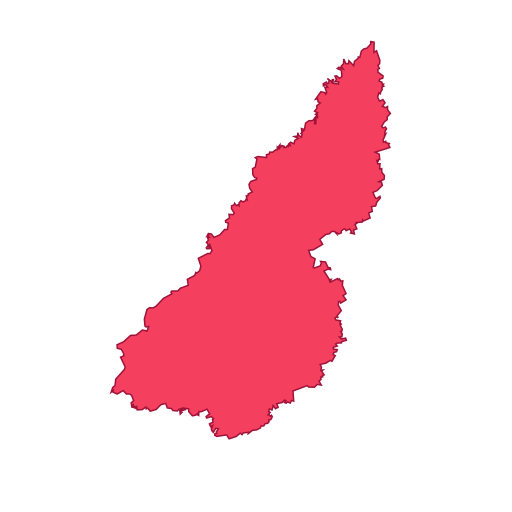 outline of Dinajpur, Rangpur, Bangladesh, rotated 251°
{"feature_id": "16705992B66423446659680", "entity_name": "Dinajpur", "entity_type": "district", "adm_level": 2, "iso_a3": "BGD", "parent_name": "Bangladesh", "parent_adm1": "Rangpur", "projection": "natural_earth1", "projection_center": [88.877, 25.643], "detail": "fine", "context": "isolated", "style": "filled", "palette": "rose", "viewbox_px": 512, "rotation_deg": 251, "n_neighbors": 0, "source": "geoboundaries", "source_scale": "gbopen_adm2", "svg_char_len": 6118}
<svg xmlns="http://www.w3.org/2000/svg" viewBox="0 0 512 512"><g transform="rotate(251 256 256)"><path d="M178.3,77.7L174.4,74.7L175.4,77.2L173.8,76.5L170.7,79.8L172.0,86.6L167.7,88.5L166.8,91.5L164.8,93.0L159.1,93.2L157.7,90.1L153.4,89.5L153.1,90.6L156.3,91.6L153.5,91.5L152.4,93.3L152.0,91.7L151.1,92.8L152.1,94.0L149.2,93.5L147.8,98.4L149.1,102.7L147.2,102.4L147.4,104.0L143.7,105.5L143.4,111.7L146.4,117.6L146.0,122.6L141.2,122.7L139.3,126.4L137.0,127.1L135.1,131.0L136.3,133.7L135.5,137.3L135.0,133.7L131.2,132.9L132.2,134.9L132.7,133.9L133.9,134.5L133.8,139.1L135.8,138.0L133.4,142.6L130.8,141.7L125.6,143.8L125.1,147.2L126.5,150.2L125.0,148.9L123.9,149.9L127.5,151.4L126.6,153.4L127.1,159.8L121.9,160.8L120.4,156.6L118.9,156.5L118.7,161.4L115.9,162.9L115.5,161.6L112.9,161.4L112.4,157.3L109.3,157.5L109.7,159.8L107.0,157.4L104.8,157.5L103.1,158.2L106.2,161.8L104.9,164.2L102.6,161.2L101.0,161.1L101.4,159.3L99.9,158.6L98.2,160.2L96.4,170.0L91.9,171.0L91.8,178.4L93.6,183.4L91.6,184.6L92.9,186.6L91.7,191.5L90.6,190.9L92.3,195.9L91.4,199.9L92.0,204.2L93.6,205.3L92.8,208.0L94.5,210.0L94.0,212.6L95.1,214.4L97.0,214.7L96.4,216.6L98.6,219.0L100.4,218.8L100.0,217.3L102.0,216.7L101.4,215.0L103.5,218.5L104.7,217.3L107.0,218.9L105.2,221.0L109.0,223.5L105.3,224.7L105.8,227.7L109.7,227.6L108.9,233.0L110.5,236.1L109.5,237.1L108.2,235.3L107.0,236.6L107.8,238.3L105.8,240.5L107.9,242.5L106.5,244.4L116.3,247.0L116.8,262.1L114.9,263.2L112.9,268.5L114.6,272.2L112.7,275.7L117.2,274.9L118.1,277.2L120.4,277.9L120.0,279.7L121.4,279.9L121.4,281.7L125.8,280.6L126.4,282.1L126.8,280.2L129.6,281.7L132.6,281.3L131.9,287.3L133.1,292.2L131.7,293.5L136.0,298.5L137.6,297.0L139.5,298.1L139.3,301.0L141.1,302.4L142.6,298.9L144.5,299.4L144.4,303.6L146.8,302.6L147.2,304.5L146.0,308.5L147.1,309.0L146.9,314.0L149.2,314.0L149.8,309.7L152.3,308.5L151.7,310.9L154.2,312.2L157.1,311.5L157.0,312.7L158.7,313.7L163.4,313.1L163.8,314.4L165.2,313.5L167.2,314.9L169.5,310.7L171.8,310.5L172.1,312.6L170.7,313.5L173.2,313.3L176.6,318.9L182.8,317.8L185.9,319.2L185.9,320.5L183.9,320.7L185.2,326.9L190.2,325.4L191.1,328.9L200.2,328.1L204.3,330.0L204.6,327.9L207.1,327.5L206.7,326.2L208.1,325.9L207.1,317.6L209.2,317.5L208.7,318.8L209.4,319.5L209.6,317.8L219.6,315.4L220.2,319.8L218.8,322.2L220.6,322.4L221.9,320.3L227.7,319.8L229.9,315.3L228.0,315.5L225.7,313.4L225.7,307.2L226.6,306.4L234.1,311.0L237.6,307.7L244.2,307.6L243.2,312.1L245.3,322.8L251.0,321.7L253.7,329.3L253.1,332.5L254.5,335.4L253.7,338.2L250.6,339.6L251.8,339.7L249.9,341.4L250.1,344.2L251.9,344.8L252.7,347.0L252.7,348.9L250.6,349.5L251.1,353.4L247.5,354.1L246.9,352.9L244.8,356.2L248.7,356.6L248.9,360.2L253.7,359.9L254.0,361.9L255.0,361.7L253.5,367.4L255.3,368.6L254.1,368.7L254.8,376.3L260.0,376.5L260.3,380.5L265.1,381.3L264.3,385.4L267.5,387.7L270.4,392.5L272.1,392.6L271.1,388.9L271.8,387.8L278.1,387.3L278.4,391.8L281.7,398.5L284.9,398.7L286.2,396.4L286.8,402.1L290.3,403.6L294.2,402.2L297.7,403.3L298.0,401.3L302.9,403.3L303.5,401.2L306.9,401.3L306.0,402.5L307.4,403.1L306.9,404.4L312.2,405.7L315.4,402.5L315.0,417.9L318.0,417.5L318.9,418.7L321.0,415.6L322.2,416.0L322.1,413.6L324.1,413.8L329.1,418.3L328.7,417.1L332.5,419.0L333.6,420.8L335.8,420.3L335.7,418.0L337.5,416.9L341.0,421.0L342.2,424.5L344.9,425.3L347.0,429.5L351.3,428.0L354.5,429.0L354.1,427.0L356.4,424.2L358.8,427.9L362.6,426.9L362.1,423.3L366.4,422.7L370.2,425.1L368.3,426.7L369.6,426.3L372.4,429.6L374.5,429.8L375.0,432.1L375.9,431.0L377.0,432.5L377.4,431.4L379.4,431.6L381.3,429.4L382.9,430.4L382.8,433.7L384.8,434.8L390.1,431.2L392.8,432.0L393.1,433.7L396.5,433.4L397.6,435.5L400.6,436.8L410.8,436.8L410.1,433.8L419.7,437.3L421.4,434.3L419.2,433.6L416.4,428.6L416.7,425.4L415.4,422.3L410.1,418.9L410.9,417.5L409.7,417.1L408.0,412.5L404.2,410.3L410.4,407.4L407.7,406.0L408.6,403.6L413.7,403.1L409.4,401.4L407.7,398.2L404.5,399.2L407.5,395.8L406.8,393.9L403.7,397.2L397.6,395.6L396.9,392.7L400.1,390.9L400.4,389.2L396.7,389.6L395.2,387.3L393.7,390.8L391.7,389.9L395.0,383.6L394.8,384.7L397.6,386.7L397.9,385.6L396.2,384.3L400.6,381.3L398.3,382.3L395.9,381.1L395.6,379.8L397.6,379.2L396.9,375.6L395.0,375.2L395.4,377.7L392.0,378.7L393.2,376.0L387.6,376.1L386.4,374.7L387.9,374.5L390.2,370.8L384.8,363.3L384.6,365.4L381.5,364.9L379.8,366.6L378.3,362.4L375.6,361.6L373.9,358.5L371.4,360.8L370.6,358.4L369.3,359.9L366.7,359.2L366.9,358.3L369.0,359.2L367.5,356.4L365.4,357.1L361.6,355.5L362.1,354.4L364.3,355.7L366.5,355.2L365.6,353.6L366.7,350.1L365.5,346.1L359.8,343.0L361.7,340.5L358.9,339.9L358.9,341.4L357.2,338.4L356.2,339.3L353.6,337.6L356.1,335.7L359.0,335.6L355.9,334.6L356.5,331.1L353.5,334.3L352.7,330.3L349.7,328.6L352.3,325.7L351.7,324.3L349.5,324.3L351.0,323.2L349.1,322.1L350.1,321.6L348.9,320.1L349.5,317.7L350.5,318.4L352.1,316.4L350.6,314.0L353.4,314.9L351.7,312.4L350.6,313.8L349.8,312.5L352.0,311.6L349.5,310.6L350.0,309.2L348.7,305.5L349.8,302.8L348.1,301.7L348.4,298.9L345.7,298.0L349.5,290.0L349.2,287.3L347.5,288.5L340.2,284.2L339.7,281.2L334.0,279.5L330.6,280.3L329.5,282.1L328.2,281.4L328.2,275.3L326.0,272.7L322.1,272.1L317.8,273.3L317.2,268.7L315.7,268.3L316.0,266.4L311.9,265.9L312.9,265.1L311.5,263.6L311.5,261.1L313.2,259.8L311.7,257.3L309.0,256.2L310.3,255.6L310.0,253.9L312.8,252.9L311.5,252.0L311.4,249.3L308.9,248.2L303.6,249.4L302.6,247.8L304.2,244.0L300.6,243.3L299.4,238.6L297.7,238.4L296.1,240.6L290.3,237.5L291.3,235.0L287.7,228.6L287.3,222.3L291.3,221.0L292.8,218.3L290.6,216.0L290.7,217.7L289.7,216.8L288.9,217.8L288.8,216.2L286.4,216.2L285.1,213.6L282.0,214.6L279.9,211.6L278.8,211.9L278.0,215.0L280.4,214.4L281.9,216.0L275.4,216.1L273.2,213.2L274.1,211.4L272.6,200.7L264.4,200.6L260.5,198.0L259.1,194.5L260.1,193.8L257.6,191.7L256.3,183.5L250.3,182.4L250.2,174.1L248.4,170.6L250.3,164.9L249.5,163.8L247.6,164.2L246.1,154.8L240.9,144.8L240.5,141.4L241.8,138.6L240.9,135.5L232.7,129.9L225.9,128.2L224.7,128.9L224.3,131.6L220.5,128.5L223.0,124.5L220.2,116.9L221.8,111.6L218.0,102.9L217.3,95.7L213.9,94.8L211.6,98.3L206.9,99.1L204.6,98.4L204.4,95.0L193.6,96.2L191.5,94.5L185.2,83.3L179.4,80.5L178.3,77.7Z" fill="#f43f5e" stroke="#9f1239" stroke-width="1.5"/></g></svg>